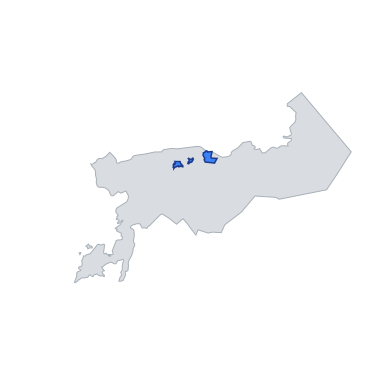 location of Rаmitan, Bukhoro, Uzbekistan, rotated 138°
{"feature_id": "79887680B12609316203717", "entity_name": "Rаmitan", "entity_type": "district", "adm_level": 2, "iso_a3": "UZB", "parent_name": "Uzbekistan", "parent_adm1": "Bukhoro", "projection": "robinson", "projection_center": [63.441, 40.386], "detail": "fine", "context": "in_parent", "style": "filled", "palette": "blue", "viewbox_px": 384, "rotation_deg": 138, "n_neighbors": 0, "source": "geoboundaries", "source_scale": "gbopen_adm2", "svg_char_len": 5152}
<svg xmlns="http://www.w3.org/2000/svg" viewBox="0 0 384 384"><g transform="rotate(138 192 192)"><path d="M297.1,174.7L302.5,172.3L305.6,174.0L305.9,174.9L302.6,176.7L299.6,177.6L298.8,179.9L295.8,180.9L292.9,184.1L288.3,187.3L288.3,188.0L288.7,188.5L290.2,188.9L293.4,190.7L296.4,189.6L297.1,189.9L297.9,190.9L298.9,193.8L300.2,194.6L304.6,196.1L307.8,196.1L309.5,196.7L309.8,192.1L311.2,192.9L312.6,192.3L313.1,190.2L312.8,188.7L313.8,187.9L314.4,188.5L314.5,189.8L316.1,190.6L317.3,192.8L317.8,195.2L320.8,195.9L321.9,195.4L322.7,195.7L323.2,198.8L323.7,199.0L326.3,198.4L328.8,199.7L331.5,202.1L334.5,202.2L335.1,202.7L337.2,202.3L339.7,202.9L339.8,203.3L339.4,203.8L333.7,206.7L332.1,208.7L330.9,209.3L327.3,208.2L326.8,209.4L327.5,210.6L326.7,211.9L324.9,211.5L324.5,210.8L322.8,211.1L320.8,213.2L319.9,214.9L318.0,215.4L315.4,217.2L314.3,215.8L312.4,216.0L309.8,214.6L308.6,214.3L297.4,216.1L296.5,215.9L295.2,213.5L292.4,212.3L292.4,211.1L298.1,206.3L298.7,204.8L296.7,204.0L297.0,202.7L293.2,198.8L292.5,198.6L292.0,198.8L290.7,201.6L280.8,206.6L279.4,206.1L277.1,204.2L275.6,203.6L273.8,205.1L274.0,207.0L272.1,208.5L274.0,213.5L273.8,214.1L272.5,214.3L273.5,216.2L272.7,216.4L267.9,215.7L262.4,216.9L262.6,217.7L267.5,217.5L268.2,217.9L268.3,218.5L268.1,218.9L265.5,219.3L265.2,220.1L266.6,222.3L266.0,222.8L265.1,222.4L264.4,223.9L262.7,223.8L261.9,228.1L260.5,229.7L258.6,230.4L246.8,228.4L243.8,229.8L241.8,231.7L240.5,236.5L240.7,237.0L245.7,238.8L246.6,241.7L252.7,241.9L253.7,242.4L254.2,243.1L254.5,243.9L252.9,248.6L253.6,252.8L254.7,254.7L258.3,258.3L258.2,260.3L257.4,262.1L256.4,263.7L255.3,264.3L253.9,266.3L252.6,268.7L250.0,271.9L249.2,273.7L249.0,278.8L248.3,280.4L248.2,279.8L247.3,279.2L244.6,279.0L244.1,278.4L240.6,279.6L238.4,279.0L236.2,276.9L231.9,276.1L226.6,276.6L226.3,271.3L226.5,267.3L228.3,264.2L228.3,263.7L227.3,262.6L224.1,261.7L220.3,259.3L216.8,257.6L214.8,257.1L212.5,258.0L210.5,257.7L201.1,251.4L193.1,246.8L187.7,242.1L185.1,242.6L178.2,238.2L173.7,233.6L158.9,223.4L156.0,220.9L155.3,219.6L154.1,213.4L152.8,210.5L150.9,209.0L149.3,206.0L146.9,198.7L146.1,197.4L141.7,194.3L139.1,193.5L137.2,194.0L136.2,195.2L134.7,195.4L128.3,194.1L121.2,194.7L115.0,190.9L114.6,190.3L114.6,189.3L115.8,186.8L115.6,185.8L114.8,184.6L114.8,183.4L115.4,182.7L116.6,182.9L117.0,182.4L116.8,181.8L115.4,180.2L112.6,178.9L113.2,177.9L113.3,175.5L113.8,174.3L113.4,173.8L111.3,172.1L104.3,172.0L102.7,171.5L101.4,170.8L100.1,168.2L99.4,167.5L94.6,166.5L89.8,161.9L88.8,163.9L87.8,164.3L84.1,163.8L82.3,165.1L86.7,169.7L87.7,171.1L87.6,172.0L86.3,172.1L85.1,169.9L84.4,169.3L80.1,168.0L78.6,169.5L78.2,171.2L76.3,174.3L74.1,174.8L68.8,175.0L67.3,175.7L66.2,176.5L64.1,179.2L61.5,181.3L62.2,189.9L63.9,192.0L62.1,193.8L44.2,192.6L46.8,115.3L72.3,108.2L90.5,103.6L131.4,127.9L132.4,128.9L132.9,131.0L134.0,132.7L147.9,146.9L168.6,144.0L189.6,145.7L197.4,142.2L203.7,148.5L207.5,150.7L212.8,159.8L217.9,157.4L217.1,168.3L216.6,171.7L216.6,178.2L225.0,178.4L226.9,188.9L228.8,195.6L230.6,196.3L246.5,195.4L247.7,195.9L249.9,195.2L251.4,197.3L253.1,198.7L252.0,203.3L254.0,205.2L258.4,207.3L261.2,207.3L261.6,206.5L261.5,205.4L260.8,204.3L260.8,202.9L261.2,201.9L263.8,198.5L268.0,195.0L269.0,193.8L269.3,191.6L270.8,190.4L274.4,189.0L274.9,187.9L279.4,185.2L284.4,183.5L286.7,182.1L288.9,179.4L292.0,176.6L293.3,176.6L294.2,177.5L294.9,177.5L297.1,174.7ZM296.9,200.7L296.2,199.3L295.4,198.8L295.0,199.0L296.3,200.7L296.9,200.7ZM307.2,222.7L303.8,222.6L304.3,220.5L303.1,219.6L302.8,218.5L303.0,217.6L303.8,217.2L304.9,218.7L307.5,219.4L306.6,220.8L307.3,222.4L307.2,222.7ZM317.2,220.5L316.6,222.3L315.2,221.5L315.3,221.0L317.2,220.5Z" fill="#d9dde1" stroke="#a8b0b8" stroke-width="1"/><path d="M159.7,209.9L159.7,208.9L160.6,208.0L161.1,208.1L161.6,207.3L162.1,205.4L155.9,198.4L154.8,198.8L150.9,200.2L154.9,204.2L154.6,205.3L150.1,208.6L150.9,209.2L151.1,209.4L151.3,209.7L151.8,210.0L152.2,210.2L152.4,210.3L152.8,210.8L153.1,211.0L153.3,211.0L153.7,211.2L153.7,211.3L153.6,211.8L153.4,212.3L153.4,212.5L153.7,212.9L153.9,213.0L154.4,213.1L155.0,213.2L155.3,213.2L155.6,212.9L157.5,213.5L158.7,212.2L159.4,211.6L159.4,210.7L159.7,209.9ZM187.5,224.7L187.8,224.7L187.8,224.3L188.7,223.5L188.7,223.3L188.9,223.2L189.2,223.0L189.4,223.0L189.4,222.7L189.0,222.6L189.3,222.0L189.6,221.7L189.2,221.8L188.8,221.9L188.5,221.7L188.1,221.8L187.4,221.5L186.7,221.2L186.1,221.1L185.8,220.9L185.3,220.8L185.2,220.5L185.1,220.4L184.8,220.6L184.4,220.4L184.3,220.1L184.3,219.8L184.7,219.4L183.4,218.8L182.9,218.9L182.7,218.6L182.9,218.3L182.4,217.7L182.0,216.9L181.4,217.3L181.3,219.1L181.2,220.2L181.5,220.7L180.5,222.6L184.3,226.1L184.4,225.6L185.1,225.1L185.5,224.8L185.3,224.4L185.7,224.3L186.2,224.1L186.3,224.7L186.6,224.6L186.6,225.1L186.9,225.0L187.3,224.6L187.5,224.7ZM171.6,214.6L169.9,215.1L169.8,215.4L168.9,215.6L168.7,216.5L169.0,216.8L170.2,216.6L172.0,217.8L171.8,218.6L171.8,219.2L171.9,219.3L172.4,219.3L172.5,218.6L172.5,217.9L173.0,217.1L174.6,216.9L174.8,216.6L175.1,216.3L175.8,216.3L176.0,215.7L175.5,215.2L173.4,215.3L173.0,214.8L171.5,214.9L171.6,214.6Z" fill="#3b82f6" stroke="#1e3a8a" stroke-width="1.5"/></g></svg>